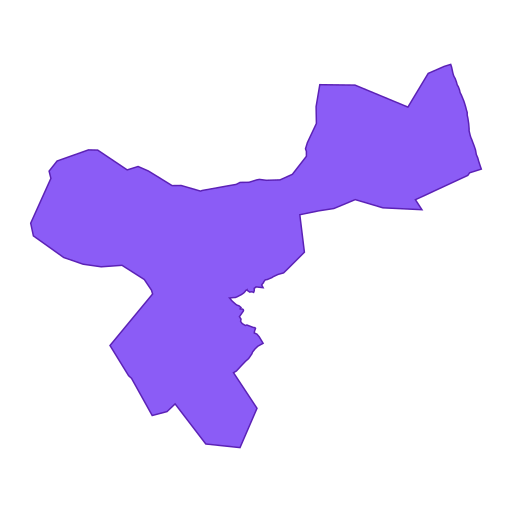 Ifelodun, Osun, Nigeria
{"feature_id": "59680162B54301811333050", "entity_name": "Ifelodun", "entity_type": "district", "adm_level": 2, "iso_a3": "NGA", "parent_name": "Nigeria", "parent_adm1": "Osun", "projection": "albers", "projection_center": [4.686, 7.929], "detail": "fine", "context": "isolated", "style": "filled", "palette": "violet", "viewbox_px": 512, "rotation_deg": 0, "n_neighbors": 0, "source": "geoboundaries", "source_scale": "gbopen_adm2", "svg_char_len": 2109}
<svg xmlns="http://www.w3.org/2000/svg" viewBox="0 0 512 512"><path d="M257.0,408.3L233.5,372.7L236.4,371.0L241.4,365.6L245.5,361.3L248.6,358.6L251.9,353.8L252.5,352.1L255.1,348.8L258.0,346.1L263.1,343.3L259.2,336.8L256.9,334.1L254.3,333.0L254.5,331.2L255.5,328.3L254.8,327.6L253.4,327.5L246.9,325.0L245.3,325.5L242.1,323.5L240.6,321.4L241.0,319.1L239.4,316.7L243.3,311.1L243.5,310.4L243.3,309.7L242.6,309.1L240.2,309.0L240.2,308.5L241.0,307.5L239.0,305.8L237.0,305.1L235.9,304.4L233.4,302.2L232.0,300.9L229.5,298.0L233.0,297.6L235.3,297.5L237.1,296.8L239.8,295.4L241.4,294.6L243.8,292.9L245.1,291.5L245.8,290.4L247.1,289.7L247.1,290.3L248.6,291.3L249.7,292.1L251.3,291.8L252.4,291.9L253.6,292.4L254.2,290.9L254.3,289.8L254.2,288.3L254.9,287.8L255.7,287.5L256.0,286.8L258.6,287.2L263.1,287.7L262.4,286.3L261.7,285.0L262.5,283.7L263.5,282.7L263.8,281.7L265.3,279.8L267.1,279.6L271.9,277.6L273.2,276.7L278.1,274.4L283.6,272.9L288.5,268.1L304.4,252.2L299.8,214.7L318.4,210.9L333.9,208.5L355.2,199.6L382.8,207.8L421.9,209.7L415.4,199.7L467.8,175.4L469.6,172.8L481.3,169.1L480.0,165.3L478.6,161.0L477.8,158.0L476.3,154.5L475.5,149.9L474.1,145.8L472.8,142.4L471.8,139.7L470.8,137.4L470.1,135.1L469.1,130.8L469.1,128.7L468.7,123.7L467.9,118.3L467.2,115.1L467.2,112.4L466.4,109.9L465.8,107.4L465.0,104.7L463.9,101.2L462.7,98.3L461.3,94.9L460.1,92.6L459.5,89.9L458.3,86.7L457.2,84.9L456.4,81.9L455.2,78.6L453.9,76.3L453.2,74.3L452.7,72.3L452.4,70.8L451.6,67.1L450.7,64.4L444.2,66.4L428.2,73.4L407.9,107.1L355.0,85.1L319.8,84.7L316.1,106.6L316.4,123.5L307.4,142.6L305.5,148.8L306.4,151.4L306.4,156.3L292.4,174.3L280.0,179.9L266.3,180.3L259.4,179.4L256.7,179.9L249.0,182.3L240.1,182.4L236.2,184.4L228.1,185.8L202.1,190.5L200.5,191.1L181.2,185.5L172.1,185.6L148.4,171.0L138.1,166.5L127.2,169.9L97.7,150.1L88.4,149.9L57.1,161.0L49.1,171.1L50.9,178.4L30.7,223.2L33.4,235.9L63.7,257.5L83.1,264.2L101.2,266.8L122.0,265.3L144.3,279.5L151.5,290.2L152.6,294.0L110.0,345.5L128.6,375.7L131.5,378.3L152.2,415.5L167.0,411.6L175.1,403.9L205.8,444.0L240.0,447.6L257.0,408.3Z" fill="#8b5cf6" stroke="#5b21b6" stroke-width="1.5"/></svg>